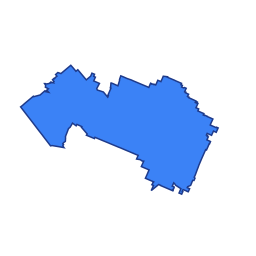 outline of Northam, Western Australia, Australia, rotated 50°
{"feature_id": "25037944B49536287471778", "entity_name": "Northam", "entity_type": "district", "adm_level": 2, "iso_a3": "AUS", "parent_name": "Australia", "parent_adm1": "Western Australia", "projection": "orthographic", "projection_center": [116.616, -31.699], "detail": "fine", "context": "isolated", "style": "filled", "palette": "blue", "viewbox_px": 256, "rotation_deg": 50, "n_neighbors": 0, "source": "geoboundaries", "source_scale": "gbopen_adm2", "svg_char_len": 4502}
<svg xmlns="http://www.w3.org/2000/svg" viewBox="0 0 256 256"><g transform="rotate(50 128 128)"><path d="M185.9,58.9L184.4,59.6L184.6,60.1L181.0,61.9L178.6,63.1L177.9,61.9L175.7,57.2L174.2,57.9L170.0,60.0L169.9,59.8L168.4,60.6L167.2,61.1L167.4,61.5L166.4,62.0L165.7,60.6L163.2,61.9L159.8,63.5L159.0,61.9L158.8,61.6L157.2,62.4L156.2,62.9L155.7,61.9L155.6,61.7L154.1,58.6L153.1,59.1L152.7,58.2L152.1,58.4L152.7,59.6L151.7,60.1L151.0,58.6L149.0,59.5L148.7,59.6L148.2,59.9L145.6,61.1L145.4,61.2L143.8,62.0L143.7,62.0L143.5,61.5L142.8,61.9L142.1,62.2L141.1,59.9L137.9,61.3L137.7,60.7L136.6,61.3L135.0,57.9L133.3,58.7L133.1,59.6L131.1,60.6L130.3,58.9L128.9,59.6L128.2,58.3L125.6,59.6L123.0,60.9L121.5,61.6L121.0,61.8L120.8,61.9L119.7,62.5L118.3,63.2L115.6,64.6L114.1,65.3L114.0,64.9L112.8,66.0L111.0,67.7L112.4,70.4L113.6,73.0L113.3,73.1L110.6,74.5L112.1,77.5L112.8,79.1L111.2,79.9L111.4,80.3L109.5,81.3L109.5,81.6L109.4,81.6L109.0,81.5L108.2,81.9L110.3,86.0L108.6,86.8L103.2,89.6L98.9,91.8L95.6,93.5L92.7,94.9L92.5,95.1L89.3,97.0L86.4,98.4L83.4,100.0L85.3,103.2L86.3,104.1L89.2,108.6L88.2,109.1L84.3,111.0L82.7,111.9L82.6,112.0L82.8,112.3L82.9,112.5L83.0,112.6L83.2,112.8L83.3,112.9L83.5,113.0L84.8,114.4L84.9,114.5L85.2,114.7L85.2,114.8L85.4,115.0L85.9,115.8L86.0,115.8L86.5,115.5L87.1,116.6L89.9,122.2L90.4,122.0L91.2,123.3L90.9,123.4L91.1,123.7L90.7,123.7L88.1,123.7L84.6,123.7L82.0,125.3L79.2,127.1L77.7,126.6L77.2,125.4L75.5,121.2L69.9,124.0L68.1,120.3L66.4,121.1L65.3,119.1L62.8,120.4L64.3,123.3L64.3,129.0L56.5,129.0L51.1,129.0L51.1,131.4L47.0,131.4L43.2,131.5L43.2,132.6L43.2,135.5L43.2,139.0L43.2,144.4L42.8,144.6L40.4,146.1L40.5,149.1L42.6,149.1L42.6,151.3L42.6,152.3L42.9,152.3L42.9,152.9L42.4,153.0L42.5,154.8L43.2,154.8L43.9,154.8L44.6,154.8L44.8,154.8L44.8,156.0L45.5,156.0L45.1,156.4L44.5,157.0L44.4,157.0L44.2,157.2L44.1,157.3L43.9,157.3L43.7,157.4L43.4,157.4L43.2,157.4L43.2,157.5L43.2,158.4L43.7,158.4L43.0,160.2L42.9,160.3L42.1,161.8L41.8,162.2L41.2,162.6L40.7,162.9L40.4,163.3L40.5,163.3L41.1,163.5L41.6,163.5L42.1,163.7L42.4,163.8L42.5,163.8L42.8,164.0L43.2,164.6L43.7,165.1L44.0,164.9L44.7,164.7L44.9,164.6L45.4,164.4L45.7,164.2L46.1,164.1L46.8,163.8L46.8,166.4L48.0,166.4L48.2,165.8L49.7,165.8L47.6,167.4L47.0,167.9L46.1,167.9L46.2,174.2L46.0,174.5L45.5,175.6L44.1,178.6L43.4,180.1L42.8,180.1L42.8,181.3L42.8,186.5L42.8,191.8L42.9,194.5L42.8,196.7L47.6,196.9L52.3,197.1L54.9,197.2L62.2,197.5L72.9,198.0L76.2,198.1L78.9,198.2L80.0,198.3L80.3,198.3L80.7,198.3L82.2,198.4L85.0,198.5L91.9,198.8L92.7,197.4L98.1,192.8L101.8,189.7L101.7,189.7L101.4,189.6L101.2,189.6L100.9,189.6L100.7,189.5L100.2,189.4L99.8,189.2L99.5,189.1L99.4,188.1L98.1,188.1L97.8,186.5L98.0,184.7L97.9,184.5L97.7,184.3L97.6,184.2L96.4,183.1L96.2,182.9L96.0,182.7L95.9,182.6L95.7,182.4L95.4,182.2L94.4,181.4L94.3,181.2L94.2,181.2L93.9,180.6L92.7,178.4L91.2,175.7L90.5,174.5L90.4,174.2L90.2,174.0L90.2,173.9L90.2,173.3L90.2,172.8L90.2,172.2L90.2,171.7L90.0,171.3L89.8,170.7L89.4,169.5L89.2,169.0L89.1,168.7L88.6,167.4L92.7,166.4L93.0,166.3L92.4,164.8L97.2,162.5L97.4,163.2L106.4,163.1L106.8,164.5L114.5,160.5L113.9,159.3L117.8,157.3L121.5,155.4L126.8,152.6L128.4,151.8L136.1,147.8L136.3,147.7L138.1,146.7L138.5,146.5L144.2,143.6L153.0,139.1L155.5,137.8L157.3,141.4L160.2,138.9L161.3,138.7L161.7,138.6L161.8,138.5L161.9,138.4L162.4,138.4L163.5,137.3L166.1,142.6L173.6,138.8L175.7,142.9L176.5,144.5L177.7,147.0L182.3,144.7L185.8,142.9L186.1,143.6L186.0,143.9L185.8,144.0L186.6,145.5L186.8,146.2L187.5,145.9L188.2,145.5L188.4,145.4L189.0,146.7L189.1,146.8L190.6,149.9L190.9,149.8L191.0,140.8L192.8,139.9L192.9,140.1L198.2,137.4L202.0,135.5L204.8,134.1L205.0,134.0L204.9,133.7L204.8,133.4L204.5,133.2L204.0,133.3L204.0,133.1L203.9,132.8L204.0,132.6L204.0,132.4L203.8,132.1L203.7,131.7L203.5,131.4L203.4,131.1L203.1,131.0L202.9,130.6L202.7,130.6L201.0,131.5L199.5,128.4L199.4,128.2L200.9,128.1L202.4,128.3L208.5,126.5L210.6,130.7L213.2,129.4L212.0,126.9L211.4,127.2L210.6,125.4L211.1,125.1L212.5,124.4L213.2,124.0L215.2,123.1L215.6,122.8L214.1,119.8L211.8,121.0L211.3,120.1L212.2,116.9L211.0,114.5L210.9,114.5L209.7,112.1L210.2,111.6L210.5,111.3L210.6,111.2L209.6,109.1L209.5,108.9L208.8,109.0L208.3,109.0L207.2,106.6L204.1,101.2L203.3,99.7L202.0,97.5L199.2,92.0L198.5,90.6L194.5,82.4L195.3,82.0L193.8,78.9L192.3,76.0L192.6,75.8L191.4,73.5L190.9,73.7L187.8,75.2L186.4,72.2L185.4,72.7L185.0,71.9L183.8,72.5L183.0,70.8L187.3,68.7L185.3,64.5L188.0,63.2L185.9,58.9Z" fill="#3b82f6" stroke="#1e3a8a" stroke-width="1.5"/></g></svg>